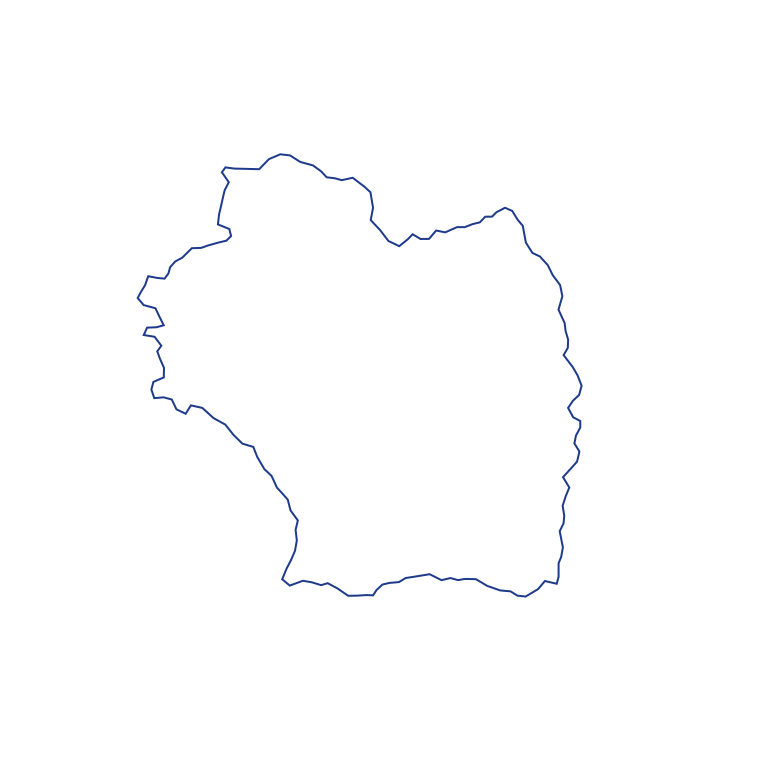 Porangaba, São Paulo, Brazil, rotated 310°
{"feature_id": "56859067B5934992032080", "entity_name": "Porangaba", "entity_type": "district", "adm_level": 2, "iso_a3": "BRA", "parent_name": "Brazil", "parent_adm1": "São Paulo", "projection": "equal_earth", "projection_center": [-48.121, -23.176], "detail": "fine", "context": "isolated", "style": "outline", "palette": "blue", "viewbox_px": 768, "rotation_deg": 310, "n_neighbors": 0, "source": "geoboundaries", "source_scale": "gbopen_adm2", "svg_char_len": 2230}
<svg xmlns="http://www.w3.org/2000/svg" viewBox="0 0 768 768"><g transform="rotate(310 384 384)"><path d="M169.0,441.4L181.1,448.3L185.6,456.0L189.5,465.1L195.2,468.9L197.5,479.8L198.7,492.6L204.0,498.8L210.8,506.0L215.1,511.5L221.3,510.7L229.3,511.7L235.0,515.9L241.9,522.8L249.3,525.3L256.1,531.3L267.6,541.2L270.7,554.1L278.2,559.8L281.3,566.7L286.8,571.4L293.6,579.9L295.7,592.9L300.6,605.8L306.5,614.2L307.6,622.2L312.2,629.1L326.0,633.9L336.5,633.9L342.0,644.7L348.5,641.7L359.0,632.9L365.4,630.9L373.8,626.1L384.2,613.2L392.7,611.1L398.9,606.8L405.6,599.1L415.2,595.2L423.8,592.5L427.7,581.0L439.4,581.5L448.6,581.8L457.9,577.1L460.9,568.0L467.9,564.2L476.9,562.3L481.8,558.1L480.1,550.4L484.0,540.4L492.7,539.5L501.0,540.5L509.7,536.5L515.1,526.6L518.3,517.6L521.6,503.0L529.8,501.6L536.3,496.6L541.2,489.2L546.8,483.2L553.1,469.9L565.9,464.2L573.0,455.3L575.9,443.1L580.3,433.2L581.9,421.6L579.8,413.4L583.5,401.8L594.4,388.6L595.7,380.9L599.0,371.0L596.8,363.4L587.7,359.7L581.7,359.2L577.2,354.0L569.4,353.5L563.3,349.0L556.0,345.0L551.1,339.1L539.5,333.4L535.1,325.3L524.1,325.2L518.6,318.8L517.1,309.7L510.3,309.2L499.4,307.1L496.4,295.5L499.4,282.1L501.0,268.5L512.0,262.3L522.2,250.3L522.5,242.1L521.9,227.5L513.0,220.6L510.0,214.1L505.5,207.2L506.5,199.0L505.8,189.1L500.3,177.2L498.7,165.1L493.3,156.9L482.3,151.3L468.3,150.3L460.2,140.1L452.9,131.0L448.0,123.3L442.0,123.7L438.8,135.4L430.0,137.4L424.0,140.4L416.5,144.3L407.8,148.7L399.5,154.2L403.3,165.9L399.0,171.8L392.4,171.1L386.7,166.8L377.4,160.4L370.7,156.4L364.5,149.5L351.3,148.3L343.6,145.3L336.0,145.1L330.1,147.8L323.7,148.2L319.6,142.3L315.0,134.1L306.3,137.4L297.3,138.8L291.5,140.1L290.0,149.2L295.1,160.2L291.2,168.8L287.4,177.5L281.3,173.3L274.9,166.3L267.1,168.5L272.7,177.9L270.2,188.8L263.3,189.3L259.4,196.0L255.0,205.0L247.5,211.1L237.4,206.0L230.2,209.4L225.5,217.1L232.1,223.7L235.7,231.4L231.2,241.3L233.7,251.2L243.5,249.8L248.9,260.2L248.3,275.3L250.9,288.6L248.3,301.2L247.3,313.9L251.8,324.3L246.6,333.9L241.9,347.1L241.3,357.0L235.8,368.6L234.8,376.5L233.5,384.7L227.1,393.6L224.1,405.7L215.5,410.0L208.1,417.8L199.1,423.0L189.2,426.0L180.1,428.0L169.0,431.5L169.0,441.4Z" fill="none" stroke="#1e3a8a" stroke-width="2"/></g></svg>